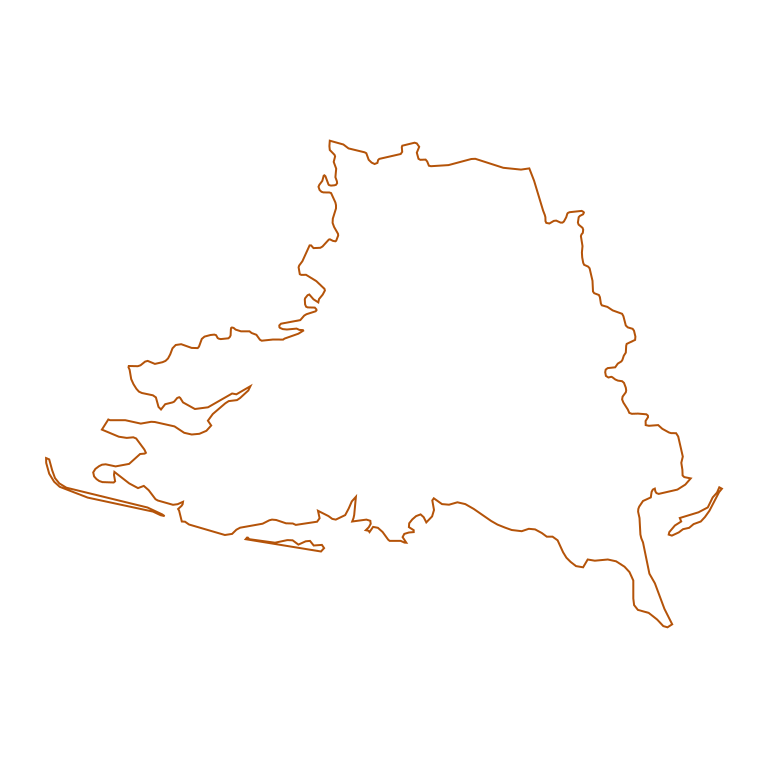 an SVG outline of Kherson
{"feature_id": "UKR-4827", "entity_name": "Kherson", "entity_type": "state/province", "adm_level": 1, "iso_a3": "UKR", "parent_name": "Ukraine", "parent_adm1": "", "projection": "mercator", "projection_center": [33.493, 46.65], "detail": "fine", "context": "isolated", "style": "outline", "palette": "amber", "viewbox_px": 768, "rotation_deg": 0, "n_neighbors": 0, "source": "natural_earth", "source_scale": "10m", "svg_char_len": 6112}
<svg xmlns="http://www.w3.org/2000/svg" viewBox="0 0 768 768"><path d="M672.2,624.3L667.5,627.3L663.3,626.1L657.1,619.5L648.7,612.9L637.9,609.9L634.1,605.1L633.3,598.5L633.3,580.5L629.5,572.1L624.5,566.7L616.1,561.3L607.8,559.5L594.8,560.7L587.7,559.5L583.1,567.3L576.0,566.1L570.6,561.9L566.4,557.7L563.1,552.3L557.6,540.3L552.6,536.7L546.8,536.7L541.8,533.0L535.1,529.4L528.8,528.8L521.7,531.2L511.7,530.0L505.0,527.6L497.5,524.6L491.2,521.0L473.7,508.9L465.3,504.1L457.4,502.3L449.0,504.7L442.0,504.1L433.8,498.3L432.3,500.4L434.0,510.0L432.1,516.4L426.3,522.4L423.7,517.2L420.6,514.4L416.1,516.1L412.3,519.4L409.2,523.3L408.9,527.1L413.7,530.2L413.7,532.1L408.9,532.5L404.3,533.9L402.6,537.1L406.3,542.7L404.5,542.6L400.7,540.9L389.7,540.9L388.2,539.7L382.6,532.0L377.9,527.8L373.1,526.9L369.5,532.1L368.6,530.8L365.8,530.2L368.8,527.2L370.7,523.8L370.3,520.8L366.4,519.6L352.2,521.5L353.5,518.1L354.2,514.9L355.9,496.8L351.8,501.4L348.7,508.5L345.2,515.1L335.8,519.6L332.3,518.9L328.5,516.1L318.0,510.8L319.6,518.2L317.1,521.7L295.8,524.9L292.8,523.5L286.0,523.3L276.2,520.0L272.0,519.6L269.3,520.3L262.6,523.7L240.1,527.7L236.4,529.7L232.1,533.9L224.9,535.0L189.0,524.5L185.0,521.7L181.8,521.5L179.1,510.6L178.1,509.0L181.5,505.9L182.6,504.3L183.0,501.8L177.6,504.2L173.0,504.8L157.8,500.5L155.5,499.2L148.7,490.2L143.8,485.9L138.0,488.1L129.2,483.4L114.4,471.9L114.0,474.9L115.1,481.3L113.7,482.5L102.4,482.1L99.2,481.0L96.5,479.1L94.1,476.4L93.2,472.4L95.4,468.9L99.0,466.2L102.0,464.7L105.7,464.3L115.6,466.4L129.1,463.9L140.1,454.0L144.7,453.6L145.9,452.8L144.4,449.6L136.2,438.5L133.3,437.3L126.7,437.9L118.8,436.7L101.9,429.6L108.3,419.5L110.1,420.2L125.3,420.2L140.8,423.6L151.1,421.8L154.8,422.0L174.5,426.4L184.2,432.8L191.7,434.5L199.4,433.8L206.4,430.8L211.2,425.5L207.9,420.7L212.8,414.0L225.3,403.3L228.7,401.1L237.0,400.1L240.1,398.0L248.3,390.5L250.4,386.2L236.4,394.3L232.1,393.5L208.0,407.3L194.9,409.0L183.0,402.4L180.2,397.9L179.2,397.2L177.2,398.0L174.2,401.6L172.6,402.4L165.2,404.2L161.0,409.5L158.5,406.9L155.9,397.4L152.9,395.3L141.9,393.0L138.9,391.6L136.4,388.8L133.5,384.2L131.2,379.1L129.6,369.7L128.5,367.3L128.8,366.0L137.8,366.2L140.5,365.3L145.1,361.6L147.7,360.9L154.9,363.9L162.5,362.2L165.5,360.9L168.0,358.5L170.2,354.4L172.5,348.3L175.7,345.0L181.2,344.2L191.6,347.9L197.7,348.1L199.0,346.6L201.8,338.9L204.5,336.6L210.5,335.0L214.3,334.6L216.1,335.2L217.7,338.1L218.9,338.7L220.7,339.1L228.4,338.3L229.8,337.0L230.6,335.4L230.9,329.1L231.2,327.9L231.9,327.5L233.6,327.9L235.6,329.6L240.9,331.3L249.5,331.3L251.6,333.0L256.4,334.8L259.9,339.7L261.7,340.7L273.2,339.5L283.1,339.6L284.5,338.6L298.4,333.7L303.2,330.7L302.9,330.1L299.4,329.9L296.6,328.6L286.9,329.5L282.8,329.1L280.0,327.9L279.4,327.2L279.3,325.4L281.0,323.7L300.3,320.1L304.2,315.6L306.5,314.2L315.6,311.3L316.5,310.3L316.4,309.4L314.8,307.6L307.7,307.4L306.1,306.7L305.1,304.4L304.8,299.5L305.1,298.3L307.6,295.2L309.3,294.5L313.5,299.3L318.3,302.4L319.0,299.1L322.7,294.6L324.9,290.5L324.5,288.9L316.3,281.1L306.0,274.8L301.3,274.9L299.8,274.2L298.6,267.3L299.2,265.5L302.4,261.2L309.6,245.4L311.1,245.4L313.5,248.1L320.3,247.8L322.5,246.5L328.8,239.6L329.9,239.3L333.0,240.9L335.4,241.3L336.2,240.7L338.2,235.5L338.0,233.8L334.1,227.0L332.6,222.9L332.8,218.7L336.0,208.4L336.0,205.2L335.4,202.5L331.1,193.1L329.5,192.5L323.4,192.4L321.5,191.8L319.6,190.0L318.5,186.8L319.4,184.7L322.3,180.9L323.7,175.7L324.4,175.3L325.4,176.2L328.5,184.5L329.1,185.1L331.0,185.6L334.4,185.3L336.0,184.8L337.1,183.2L336.9,181.3L335.4,177.2L336.2,168.7L333.7,161.9L335.1,156.4L334.5,154.8L329.8,150.0L329.4,146.1L329.8,140.7L343.4,144.5L348.5,148.4L364.6,152.3L366.3,153.2L368.7,159.8L371.6,162.6L374.6,164.0L377.4,162.9L378.1,160.1L379.3,158.9L400.7,154.0L402.2,151.8L401.8,147.1L402.3,145.7L414.6,142.7L416.8,143.4L419.2,146.8L416.8,152.7L418.5,158.8L420.3,159.8L425.6,159.6L427.2,161.5L428.9,165.7L431.0,166.2L448.5,165.1L471.3,159.0L475.3,158.8L503.3,167.8L521.0,169.6L529.3,168.4L534.1,180.8L543.1,210.6L544.8,215.0L545.4,217.2L545.5,221.2L546.3,222.9L549.4,223.5L553.8,220.9L556.2,220.6L560.6,222.6L562.5,222.6L563.9,221.5L566.2,217.3L567.4,213.5L568.0,212.9L569.6,212.2L581.7,210.9L583.5,211.9L583.9,212.6L583.1,214.3L579.9,215.9L578.7,217.2L577.9,222.5L578.6,224.6L582.5,227.8L583.2,229.7L582.8,232.9L581.5,234.4L580.9,236.1L582.5,246.1L581.9,252.5L582.2,257.4L583.2,262.8L584.1,264.8L588.1,266.6L589.6,268.3L592.5,280.8L593.0,291.5L594.2,293.2L598.9,295.0L599.9,297.2L600.9,303.6L601.8,305.3L607.4,306.9L612.7,310.4L622.1,313.8L623.4,316.2L625.8,325.5L627.8,327.4L632.6,328.8L634.0,330.7L635.4,336.6L635.1,339.9L626.7,343.9L626.2,345.7L625.8,352.6L623.8,355.7L622.4,359.9L621.4,361.4L617.8,363.6L615.2,367.3L607.7,368.1L605.7,369.6L605.2,372.2L605.9,375.9L608.4,377.5L611.2,376.8L612.3,377.2L615.3,379.5L617.9,380.6L622.1,381.2L624.0,382.9L625.8,387.7L626.2,390.4L625.8,392.3L622.6,396.6L622.1,399.4L623.4,402.6L627.8,409.5L629.3,412.9L631.8,413.8L638.0,413.6L646.4,414.3L647.9,415.6L648.0,417.2L645.6,421.0L645.7,425.1L648.9,425.8L658.2,425.1L662.3,428.8L669.0,432.5L671.0,433.1L676.1,433.2L678.2,436.5L682.8,456.6L681.3,462.8L682.4,469.9L682.6,475.5L684.3,477.1L690.7,478.4L685.3,484.6L677.4,489.6L658.7,493.9L656.5,493.1L655.4,491.5L654.8,488.6L652.8,489.6L651.6,491.9L650.8,497.4L643.0,501.0L639.2,506.6L638.3,509.0L638.1,511.7L639.5,518.0L640.4,534.5L641.3,538.3L643.0,542.4L649.4,573.7L654.9,583.3L664.4,608.8L672.2,624.3ZM721.9,488.7L719.1,492.1L709.4,510.8L704.9,517.1L700.8,521.5L693.6,524.1L689.2,527.8L683.0,529.2L678.8,532.4L671.9,535.6L668.7,534.6L669.3,532.1L674.9,525.5L681.2,521.5L679.8,518.0L698.5,512.3L707.8,507.4L712.7,497.4L717.0,492.6L719.3,487.3L721.9,488.7ZM66.4,487.7L147.5,507.5L162.2,514.4L164.6,516.1L160.6,515.2L153.0,511.6L87.7,497.6L59.7,486.8L54.1,481.7L49.2,473.7L46.2,462.9L46.1,458.1L49.2,459.4L52.2,470.4L55.0,478.1L59.3,483.4L66.4,487.7ZM310.0,540.9L313.7,545.5L321.9,544.9L324.1,548.1L321.0,551.5L245.7,539.2L247.0,537.6L247.8,537.6L249.3,539.2L275.0,542.7L287.3,540.1L292.6,540.3L298.4,544.6L305.7,541.3L310.0,540.9Z" fill="none" stroke="#b45309" stroke-width="2"/></svg>